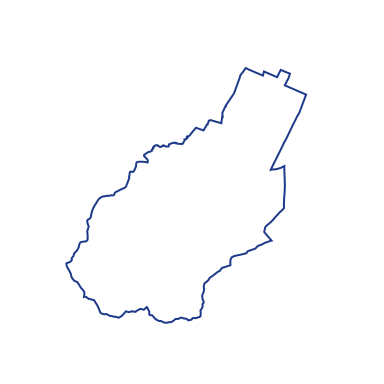 Crizbav, Brasov, Romania, rotated 291°
{"feature_id": "2599482B31173771953984", "entity_name": "Crizbav", "entity_type": "district", "adm_level": 2, "iso_a3": "ROU", "parent_name": "Romania", "parent_adm1": "Brasov", "projection": "equal_earth", "projection_center": [25.451, 45.829], "detail": "fine", "context": "isolated", "style": "outline", "palette": "blue", "viewbox_px": 384, "rotation_deg": 291, "n_neighbors": 0, "source": "geoboundaries", "source_scale": "gbopen_adm2", "svg_char_len": 5972}
<svg xmlns="http://www.w3.org/2000/svg" viewBox="0 0 384 384"><g transform="rotate(291 192 192)"><path d="M175.1,283.7L180.3,274.0L180.7,273.7L185.6,273.0L186.3,273.3L187.6,273.8L188.8,274.5L189.9,275.2L192.4,276.5L195.7,277.9L196.6,278.1L204.3,281.1L207.9,282.9L210.0,283.6L213.0,282.4L214.7,281.7L217.1,281.0L219.3,280.2L223.9,278.9L229.5,277.0L230.6,276.7L247.6,269.5L249.3,268.9L248.7,268.3L247.5,267.3L246.8,266.7L246.0,265.8L244.7,264.2L244.4,263.7L242.7,261.1L242.0,259.4L241.5,258.5L240.9,257.6L241.4,257.6L246.7,258.0L254.3,258.8L256.9,259.0L262.6,259.6L267.4,260.0L269.2,260.2L269.8,260.1L271.0,260.2L273.5,260.7L276.7,261.0L288.9,262.0L300.5,263.1L304.2,263.8L323.8,263.6L324.8,240.4L329.9,240.9L332.5,241.3L334.5,241.3L337.6,241.0L337.6,236.1L337.8,231.1L334.1,230.7L329.7,230.3L330.3,216.0L326.1,216.5L326.5,205.6L326.7,200.3L327.0,197.8L326.7,197.6L323.0,196.8L320.4,195.9L317.9,195.3L315.9,195.6L315.2,195.6L299.2,195.9L286.3,192.9L284.2,192.5L284.0,192.9L282.8,192.4L276.6,192.0L273.3,193.7L273.2,193.2L266.7,194.7L265.8,183.8L265.4,183.0L265.1,182.9L264.6,182.2L260.5,182.3L260.4,181.8L253.6,180.7L253.4,172.7L247.2,170.5L246.1,170.1L245.1,170.0L243.3,169.1L241.3,168.4L242.1,167.5L241.8,167.3L240.5,167.7L239.3,167.6L239.2,167.2L238.8,166.8L238.4,166.1L237.6,166.6L236.7,166.6L235.7,166.2L235.0,166.3L233.8,166.1L233.6,165.8L233.5,165.4L233.0,165.1L232.8,164.1L232.3,162.5L232.3,162.3L232.1,162.0L232.0,161.7L232.0,160.9L231.8,160.3L231.7,159.7L232.2,159.5L232.0,158.6L231.7,157.9L231.3,157.7L231.1,157.2L231.1,156.8L231.1,156.6L230.6,156.0L228.7,154.1L228.6,153.7L228.3,153.5L227.9,153.5L227.5,153.7L226.6,153.8L226.4,153.9L226.1,153.8L226.0,153.6L225.7,153.0L225.5,152.2L225.1,151.4L225.1,151.0L225.2,150.1L225.1,149.6L225.3,149.3L225.4,148.9L225.4,148.6L225.2,148.4L224.6,148.5L224.5,148.3L224.5,147.9L223.8,147.3L223.5,147.3L223.4,147.2L222.8,146.7L222.7,146.6L222.6,145.6L222.8,145.2L222.9,144.5L222.9,144.3L222.8,144.1L222.8,143.9L223.2,143.2L223.3,143.0L223.3,142.7L223.1,142.4L222.9,142.2L222.9,141.9L222.5,141.2L222.4,141.1L222.0,141.0L221.9,140.9L221.5,140.4L220.6,140.3L220.6,140.0L220.4,139.9L219.9,139.7L219.6,139.7L219.1,140.1L218.8,140.0L218.7,140.0L218.8,139.8L218.3,139.7L217.3,139.5L216.8,139.5L216.1,139.8L215.7,139.4L214.8,138.8L214.0,137.4L213.8,137.1L213.6,136.9L212.8,136.3L212.2,135.8L209.9,134.3L209.6,134.1L209.3,134.0L209.1,134.0L208.7,134.2L208.3,134.6L208.1,135.0L207.8,135.7L207.1,137.2L206.8,137.6L206.2,138.8L205.6,139.4L205.1,139.7L204.5,139.9L204.0,140.0L203.6,139.8L203.4,139.3L203.4,138.4L202.9,136.2L202.4,134.7L202.2,134.1L201.3,131.8L200.6,130.4L200.2,130.0L199.7,129.8L199.2,129.7L198.3,129.8L195.7,130.6L195.3,130.5L193.7,130.5L192.7,130.5L190.7,130.2L190.3,130.1L189.7,129.8L189.3,128.9L189.3,128.1L189.1,127.4L188.9,127.1L188.7,127.0L188.4,126.9L187.5,127.0L184.5,127.8L183.9,127.7L183.6,127.8L182.7,128.3L181.7,128.5L178.5,128.4L177.6,128.5L174.8,128.4L174.0,128.5L172.5,128.2L171.9,127.7L171.5,127.3L171.0,126.9L170.4,126.2L169.8,125.8L169.3,125.1L168.7,124.6L168.2,124.0L165.8,122.1L165.2,121.3L164.4,120.7L163.6,120.3L163.2,120.2L161.9,120.3L161.4,120.3L161.0,120.0L160.6,119.6L160.4,119.1L160.2,118.2L159.9,117.8L159.7,117.2L158.7,116.1L158.6,115.5L157.8,113.6L156.8,112.2L156.0,110.5L153.5,108.2L150.9,107.2L147.6,106.6L145.2,106.1L141.7,105.6L139.0,105.5L135.4,105.9L131.9,106.5L130.4,106.0L128.8,104.6L127.0,104.6L124.5,106.4L122.9,107.9L117.7,108.3L114.1,110.1L111.3,111.2L110.0,111.6L108.3,111.1L107.1,109.2L105.7,106.5L104.4,105.7L103.6,105.6L102.0,105.7L100.2,106.0L97.4,105.8L95.6,105.4L92.6,104.0L89.8,104.3L87.0,103.4L85.4,104.2L84.4,103.9L83.0,103.2L81.6,101.7L80.4,100.3L78.5,101.2L76.5,103.1L74.7,105.4L72.4,108.0L70.1,109.5L68.9,110.6L67.3,113.1L66.8,115.0L66.9,117.0L65.8,118.7L62.8,122.5L62.1,123.9L60.6,126.7L59.8,127.4L57.0,128.5L56.5,128.6L56.3,128.5L55.3,128.8L55.9,129.7L56.0,130.9L55.8,131.9L55.7,132.4L55.4,133.2L55.2,133.7L55.5,135.6L55.6,136.6L55.8,137.2L55.7,137.8L55.9,139.3L55.4,140.2L54.3,141.4L53.1,143.1L51.4,145.2L50.9,145.6L49.6,146.9L47.7,148.6L47.3,149.1L46.7,149.5L46.4,150.1L46.3,150.6L46.2,151.4L46.2,152.9L46.3,153.4L46.4,153.9L46.9,154.8L47.3,155.3L47.3,155.6L47.2,156.8L47.3,157.3L47.2,157.7L47.0,158.7L47.0,159.9L47.2,160.9L47.4,161.6L47.4,162.0L47.5,162.6L47.5,163.3L47.9,164.3L48.3,166.9L48.2,167.5L48.4,168.5L48.9,169.1L50.4,170.3L51.6,171.1L52.9,171.5L53.3,171.8L55.0,172.4L55.9,172.7L56.8,172.9L57.2,176.0L57.8,177.1L58.6,177.8L59.2,178.8L59.4,180.7L60.0,181.7L59.9,182.3L60.6,182.5L64.3,185.5L64.9,189.3L68.4,191.0L68.0,191.7L65.1,194.9L62.5,196.0L62.0,196.5L62.6,199.0L61.6,201.0L60.5,202.5L60.6,203.7L59.9,204.9L59.8,207.8L60.4,209.0L60.1,212.7L61.1,215.8L62.3,217.3L62.6,218.0L63.0,219.1L64.0,219.9L65.2,220.9L67.1,221.8L67.5,222.1L67.9,222.8L68.5,224.6L69.1,225.2L70.2,226.0L70.7,226.6L71.0,227.9L70.9,228.7L70.9,229.2L71.1,229.6L71.2,230.7L71.5,231.3L71.5,233.2L71.0,233.8L70.8,234.4L72.1,236.6L72.9,237.4L74.0,237.6L74.6,238.0L75.1,239.0L75.5,240.6L76.0,241.4L77.1,242.4L77.7,243.5L78.2,244.0L79.2,244.4L79.7,244.3L81.7,243.7L82.9,243.2L84.2,242.4L84.6,242.3L85.3,242.6L86.2,242.8L88.0,243.0L88.8,243.0L89.1,242.9L90.7,242.1L91.3,242.0L91.6,242.1L92.6,242.5L93.0,242.6L93.4,242.4L94.4,241.6L95.4,240.7L96.4,239.9L97.0,239.5L98.8,238.7L99.3,238.6L99.9,238.6L102.1,238.7L102.8,238.7L103.9,238.4L105.3,238.2L105.6,238.2L106.6,237.5L108.4,236.7L109.1,236.6L109.8,236.6L110.2,236.5L110.9,236.4L111.9,236.7L112.3,237.1L113.3,237.7L115.7,238.9L117.8,239.2L118.6,239.7L119.2,239.9L119.8,240.4L120.3,240.8L121.2,241.4L122.2,242.0L123.1,242.5L126.7,244.7L128.2,246.2L129.7,246.5L132.1,247.4L133.7,249.6L137.4,254.1L141.0,252.6L141.9,252.4L143.1,252.3L144.6,252.3L145.5,252.7L147.3,254.3L152.7,262.5L154.4,264.8L155.5,264.9L156.5,265.2L157.5,266.2L159.8,268.9L161.4,271.0L162.5,271.7L164.4,272.4L165.1,272.8L165.7,273.4L166.3,274.0L167.0,274.9L167.8,275.8L169.0,276.8L170.5,278.1L174.2,282.4L175.1,283.7Z" fill="none" stroke="#1e3a8a" stroke-width="2"/></g></svg>